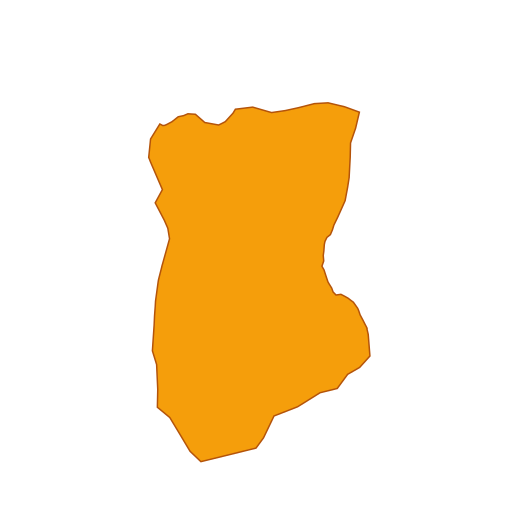 outline of Tandjile Ouest, Tandjilé, Chad, rotated 328°
{"feature_id": "50815135B85738495348243", "entity_name": "Tandjile Ouest", "entity_type": "district", "adm_level": 2, "iso_a3": "TCD", "parent_name": "Chad", "parent_adm1": "Tandjilé", "projection": "robinson", "projection_center": [15.838, 9.374], "detail": "fine", "context": "isolated", "style": "filled", "palette": "amber", "viewbox_px": 512, "rotation_deg": 328, "n_neighbors": 0, "source": "geoboundaries", "source_scale": "gbopen_adm2", "svg_char_len": 1371}
<svg xmlns="http://www.w3.org/2000/svg" viewBox="0 0 512 512"><g transform="rotate(328 256 256)"><path d="M154.2,418.9L166.0,414.2L186.5,401.2L211.4,405.9L237.9,405.9L254.7,411.4L271.0,404.9L284.9,405.4L299.6,401.2L309.6,382.0L311.5,376.5L311.9,376.2L312.1,374.0L312.3,371.3L312.7,367.0L313.1,361.0L314.1,356.9L314.5,354.3L314.1,346.8L312.9,343.8L311.8,340.7L309.9,337.2L307.7,333.5L303.2,331.5L302.3,327.3L303.2,323.3L303.2,318.3L303.3,316.0L304.8,309.8L306.3,303.9L306.5,299.6L310.8,296.1L313.3,291.2L316.2,287.7L320.0,282.5L322.2,280.2L326.0,277.8L330.4,277.3L334.7,274.3L338.5,271.0L345.7,266.5L349.9,263.7L360.9,256.3L370.1,246.3L376.5,238.9L388.4,221.9L396.1,210.2L408.2,200.4L419.9,188.8L410.3,176.5L398.3,164.3L386.2,157.7L370.5,152.7L357.9,148.2L345.2,142.6L332.1,128.0L316.3,120.6L312.2,122.7L301.1,125.8L297.4,125.5L293.7,125.1L284.9,117.1L283.3,115.7L279.7,103.7L273.6,99.3L269.0,98.6L263.8,96.7L255.8,97.6L250.3,97.2L248.0,96.9L246.1,96.0L244.4,93.1L228.6,100.9L217.2,115.6L217.0,117.1L216.4,120.1L211.8,150.1L198.7,157.5L197.2,177.0L196.1,184.5L195.9,185.8L191.8,195.6L173.0,212.8L171.2,214.4L169.8,215.8L167.6,217.9L160.6,224.6L159.3,226.1L146.9,241.0L143.8,245.4L138.3,252.9L133.0,260.6L117.9,281.5L114.2,295.4L101.9,317.2L92.2,332.0L97.3,347.3L97.0,366.9L96.6,386.8L100.3,401.2L154.2,418.9Z" fill="#f59e0b" stroke="#b45309" stroke-width="1.5"/></g></svg>